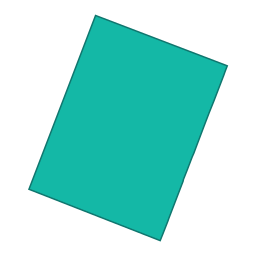 Jackson, Minnesota, United States of America, rotated 291°
{"feature_id": "52423323B81129641248246", "entity_name": "Jackson", "entity_type": "district", "adm_level": 2, "iso_a3": "USA", "parent_name": "United States of America", "parent_adm1": "Minnesota", "projection": "equal_earth", "projection_center": [-95.1, 43.674], "detail": "fine", "context": "isolated", "style": "filled", "palette": "teal", "viewbox_px": 256, "rotation_deg": 291, "n_neighbors": 0, "source": "geoboundaries", "source_scale": "gbopen_adm2", "svg_char_len": 601}
<svg xmlns="http://www.w3.org/2000/svg" viewBox="0 0 256 256"><g transform="rotate(291 128 128)"><path d="M221.6,198.4L221.4,57.4L219.9,57.4L146.4,57.5L144.8,57.5L35.3,57.5L34.4,198.4L40.7,198.5L55.2,198.6L59.1,198.5L59.3,198.5L97.9,198.5L98.0,198.5L99.8,198.2L109.1,198.3L119.9,198.3L123.8,198.3L124.0,198.3L127.9,198.5L137.9,198.4L140.4,198.4L159.3,198.3L159.5,198.3L165.6,198.3L171.8,198.3L177.9,198.4L184.2,198.5L190.4,198.5L196.6,198.5L202.7,198.5L202.8,198.5L211.4,198.5L215.4,198.4L215.9,198.4L219.8,198.4L220.5,198.4L221.6,198.4Z" fill="#14b8a6" stroke="#0f766e" stroke-width="1.5"/></g></svg>